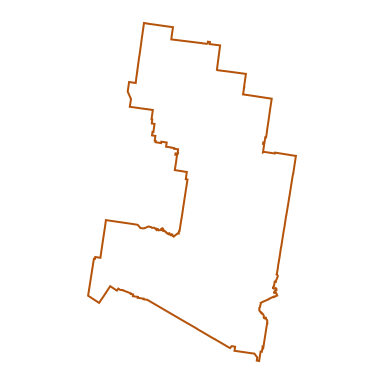 outline of Narrandera, New South Wales, Australia
{"feature_id": "25037944B16840847352668", "entity_name": "Narrandera", "entity_type": "district", "adm_level": 2, "iso_a3": "AUS", "parent_name": "Australia", "parent_adm1": "New South Wales", "projection": "orthographic", "projection_center": [146.605, -34.591], "detail": "fine", "context": "isolated", "style": "outline", "palette": "amber", "viewbox_px": 384, "rotation_deg": 0, "n_neighbors": 0, "source": "geoboundaries", "source_scale": "gbopen_adm2", "svg_char_len": 5461}
<svg xmlns="http://www.w3.org/2000/svg" viewBox="0 0 384 384"><path d="M173.0,27.2L148.7,23.8L146.7,23.5L146.7,23.4L144.0,23.0L141.6,39.8L141.1,43.8L139.4,56.0L139.2,56.7L137.9,66.2L137.2,71.3L137.3,71.3L136.3,77.9L135.7,83.0L129.1,82.0L127.7,91.6L131.0,99.0L129.8,106.8L152.8,110.0L152.5,112.2L152.5,112.4L151.5,119.3L152.3,119.4L151.8,123.5L154.5,123.9L153.4,132.0L152.5,131.9L152.0,135.4L155.4,135.9L154.7,140.7L155.7,140.9L155.5,142.2L161.1,143.1L161.3,141.7L166.7,142.5L166.1,146.7L170.9,147.4L170.9,147.6L174.2,148.1L174.1,148.8L178.1,149.3L177.7,152.8L178.0,152.8L177.9,153.7L175.5,153.4L175.3,154.7L177.0,154.9L177.0,155.0L176.2,161.1L174.8,170.1L179.4,170.8L186.8,172.0L185.8,179.2L187.5,179.5L183.7,204.1L181.6,218.4L181.5,218.9L181.4,218.9L180.9,222.2L179.5,231.2L179.0,231.2L178.7,233.4L178.4,233.2L178.1,233.1L177.5,233.7L176.9,233.9L176.8,234.0L176.5,234.4L176.3,234.5L175.7,234.9L175.2,235.4L174.5,235.8L174.1,236.4L174.0,236.5L173.6,236.6L173.3,236.2L172.8,236.0L172.6,235.9L172.6,235.7L172.6,235.0L172.5,234.8L172.2,234.5L171.8,234.3L171.7,234.2L171.5,234.3L171.3,234.5L171.0,235.0L170.8,235.2L170.7,235.2L170.4,235.0L169.9,234.4L169.6,233.7L169.5,233.4L169.3,233.4L169.2,233.3L168.8,233.6L168.5,234.1L168.4,234.2L168.2,234.1L168.1,233.9L167.9,233.5L167.8,233.3L167.7,233.2L167.0,233.3L166.8,233.2L166.3,232.8L166.0,232.2L165.8,231.7L165.7,231.6L165.4,231.5L165.0,231.5L164.8,231.4L164.7,231.3L164.4,230.8L164.2,230.7L163.8,230.7L163.7,230.7L163.3,230.9L163.2,231.0L163.0,230.9L162.9,230.8L163.0,230.6L163.1,230.4L163.1,230.2L163.4,229.7L163.3,229.2L162.7,228.4L162.3,228.2L161.4,228.7L161.2,228.9L161.2,229.1L161.5,229.5L161.5,229.8L161.4,229.9L161.2,230.0L159.9,230.2L159.5,230.1L158.6,230.2L158.4,230.3L158.2,230.1L157.9,230.0L157.9,229.9L158.0,229.7L158.0,229.4L157.9,229.1L157.7,229.1L157.4,229.3L157.2,229.1L156.9,228.8L156.5,228.7L156.3,228.7L156.3,228.8L156.4,229.1L156.5,229.6L156.4,229.8L154.8,228.1L154.0,227.7L152.1,227.9L150.9,227.0L150.3,227.0L149.6,226.8L149.1,226.5L148.3,226.6L147.8,226.7L147.1,227.1L143.9,228.4L140.5,228.1L138.0,225.1L137.1,224.7L130.6,223.7L105.9,220.1L105.1,226.2L102.9,240.6L100.4,257.8L95.3,257.0L95.0,258.8L93.9,258.7L88.1,295.7L99.1,302.9L101.4,299.3L101.8,299.0L110.2,286.2L116.9,290.6L117.7,289.5L118.3,288.6L120.2,289.9L122.0,290.0L122.3,290.2L122.8,290.1L122.9,290.3L130.9,293.4L130.8,294.0L133.1,294.4L132.9,296.2L137.9,296.9L137.7,297.8L143.7,298.7L143.6,299.3L147.3,299.8L180.3,319.1L197.1,328.8L197.2,329.0L213.9,338.8L214.2,338.8L214.5,338.8L214.6,339.1L230.0,348.1L231.5,346.3L231.6,346.2L234.2,346.5L234.3,346.6L234.5,346.7L235.1,346.8L234.5,350.8L249.1,352.9L251.1,353.2L254.4,353.6L257.2,357.4L256.9,360.0L256.8,360.6L259.1,361.0L260.6,351.5L261.9,351.7L262.6,347.0L262.6,346.9L262.9,347.1L263.3,347.6L267.0,323.9L267.3,323.8L267.4,323.2L267.2,323.0L267.1,322.8L267.1,322.4L267.3,321.7L267.2,321.1L267.2,320.4L267.1,320.1L266.3,319.4L266.2,319.2L266.1,318.9L266.1,318.7L266.1,318.0L266.0,317.8L265.7,317.7L265.4,317.6L265.2,317.6L264.9,317.8L264.8,318.2L264.6,318.4L264.4,318.4L264.0,318.1L263.8,317.6L263.7,317.3L263.7,317.1L263.7,316.7L263.8,316.2L263.8,315.9L263.6,315.3L263.3,314.7L263.2,314.3L262.9,314.0L262.4,313.6L262.1,313.5L261.8,313.6L261.7,313.6L261.6,313.2L261.7,312.8L261.7,312.7L261.4,312.5L261.0,312.5L260.9,312.5L260.9,312.4L260.9,312.2L260.6,311.9L260.3,311.8L260.2,311.6L259.8,311.2L259.4,310.5L259.4,310.2L259.2,309.9L259.4,309.5L259.4,309.4L259.4,309.1L259.4,308.9L259.3,308.7L259.3,308.3L259.3,308.2L259.4,307.7L259.5,307.6L260.0,307.2L260.2,306.4L260.2,306.0L260.2,305.6L260.2,305.3L260.6,304.4L260.8,303.8L260.8,303.5L260.8,303.2L260.7,302.9L263.5,301.5L268.7,299.3L268.7,299.0L273.7,296.6L273.9,297.1L276.6,295.8L276.4,295.7L276.4,295.4L276.5,295.2L276.8,294.8L276.9,294.5L276.9,294.4L276.9,294.2L276.4,293.6L276.1,293.1L275.8,292.6L275.7,292.4L275.5,292.2L275.4,292.2L275.1,292.3L274.6,292.8L274.4,292.9L274.2,292.9L274.0,292.7L274.0,292.4L274.1,292.2L274.8,291.1L275.1,290.9L275.9,290.6L276.2,290.4L276.4,290.3L276.4,290.1L276.5,290.0L276.5,289.8L276.3,289.4L276.3,289.2L276.4,288.7L276.2,288.4L275.7,288.1L275.4,288.0L275.2,288.1L275.0,288.4L274.8,288.6L274.6,288.7L274.1,288.7L273.5,288.5L273.3,288.4L273.1,288.3L273.1,288.1L273.0,287.9L273.0,287.6L273.0,287.4L273.1,287.2L273.3,286.9L273.7,286.2L273.8,285.9L274.0,285.9L274.7,281.6L275.9,281.8L275.9,281.6L275.9,281.1L275.9,280.7L276.2,280.1L276.7,279.1L277.0,278.3L277.5,277.1L277.7,276.4L277.8,275.8L277.8,275.7L277.6,275.5L277.0,274.7L277.0,274.4L276.7,274.2L276.8,274.1L277.7,269.0L278.0,266.6L278.3,264.3L278.5,263.5L279.8,255.6L280.2,252.8L281.1,246.8L281.3,246.6L281.5,245.0L284.0,229.0L284.2,228.6L286.1,215.8L286.4,215.1L286.4,214.7L287.8,206.2L288.0,205.6L288.0,205.0L288.1,204.8L288.1,204.6L289.3,196.8L289.4,196.7L292.3,178.0L293.2,173.2L293.3,173.2L295.1,161.2L295.9,155.9L293.7,155.6L289.4,154.9L275.0,152.6L274.8,153.5L264.2,151.9L263.9,152.0L263.0,152.4L264.2,144.1L263.0,143.9L263.3,142.4L264.5,142.6L265.3,137.2L266.1,137.3L267.1,130.5L267.1,130.0L268.0,124.1L268.3,122.1L270.1,109.4L271.7,98.7L250.7,95.5L243.0,94.4L243.1,93.7L243.3,93.0L243.8,89.5L243.8,89.4L244.1,88.0L243.9,88.1L245.9,73.9L228.0,71.5L217.6,70.2L217.3,70.1L216.9,69.9L220.1,45.4L209.7,44.1L209.9,42.0L208.0,41.7L207.9,42.7L207.7,43.1L207.6,43.3L207.4,43.4L207.1,43.7L206.6,43.8L206.4,43.8L202.6,43.3L202.4,43.3L202.3,43.2L202.2,43.2L171.3,39.4L171.5,37.4L173.0,27.2Z" fill="none" stroke="#b45309" stroke-width="2"/></svg>